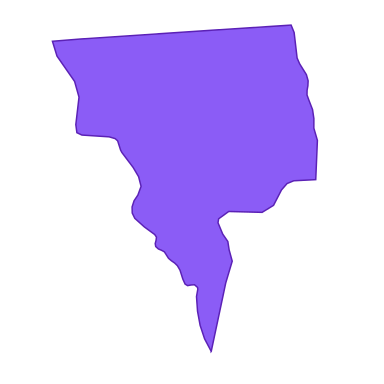 the border of Agusan del Sur, rotated 176°
{"feature_id": "PHL-2588", "entity_name": "Agusan del Sur", "entity_type": "Province", "adm_level": 1, "iso_a3": "PHL", "parent_name": "Philippines", "parent_adm1": "", "projection": "albers", "projection_center": [125.781, 8.604], "detail": "fine", "context": "isolated", "style": "filled", "palette": "violet", "viewbox_px": 384, "rotation_deg": 176, "n_neighbors": 0, "source": "natural_earth", "source_scale": "10m", "svg_char_len": 1122}
<svg xmlns="http://www.w3.org/2000/svg" viewBox="0 0 384 384"><g transform="rotate(176 192 192)"><path d="M184.0,31.6L184.0,31.8L189.7,44.7L193.2,58.4L194.8,72.7L194.8,87.4L193.0,94.6L193.1,96.4L196.0,99.3L199.5,99.3L202.9,98.9L205.3,100.6L207.2,105.7L209.4,114.8L211.7,119.5L214.3,122.4L217.3,124.8L220.0,127.4L223.7,134.2L226.5,136.0L229.5,137.5L232.0,140.1L232.3,143.1L231.2,146.4L230.6,149.5L232.2,152.2L242.0,160.5L250.9,169.7L253.1,175.2L252.8,181.3L250.4,187.3L246.2,192.7L242.4,201.2L244.2,211.0L249.0,220.6L259.2,236.3L260.3,238.8L262.6,248.2L264.9,250.6L270.8,252.8L297.9,256.5L302.7,259.2L303.2,267.3L298.1,294.5L301.4,310.5L317.2,337.0L320.7,352.1L292.5,352.4L160.1,352.0L81.5,351.6L79.0,344.0L77.8,318.3L75.7,312.4L69.7,301.1L68.4,294.8L69.0,289.8L70.1,285.4L70.5,280.8L69.0,275.5L66.0,265.8L65.3,256.7L66.0,247.2L63.3,234.7L67.7,195.7L89.7,196.1L96.6,193.8L102.6,187.8L111.6,173.0L123.5,166.8L156.7,170.0L158.2,169.1L167.3,163.4L168.2,159.5L164.3,147.9L159.7,140.1L159.0,131.7L156.7,120.2L164.7,98.9L169.0,83.8L183.9,31.8L183.9,31.7L184.0,31.6Z" fill="#8b5cf6" stroke="#5b21b6" stroke-width="1.5"/></g></svg>